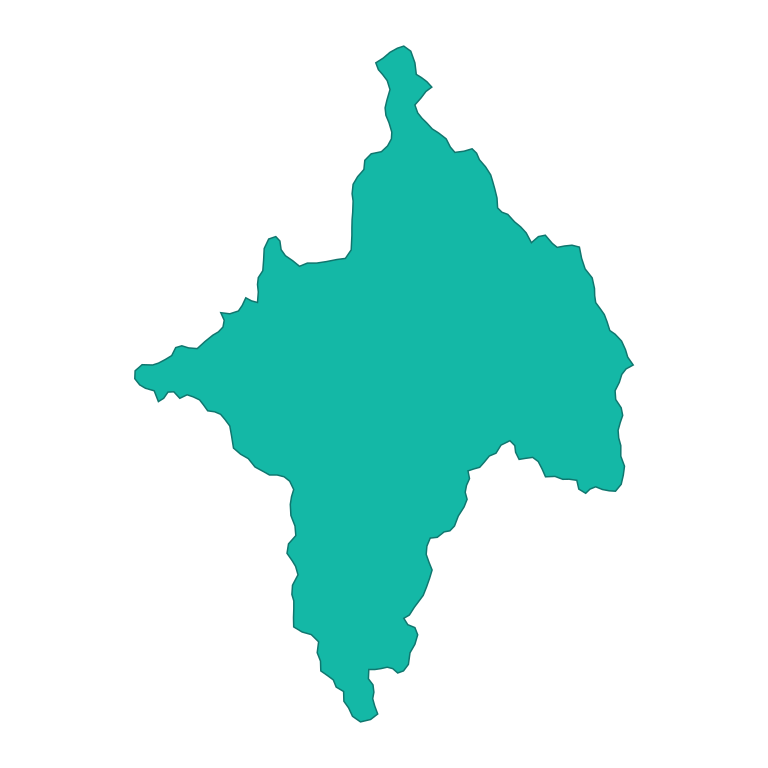 São José do Jacuri, Minas Gerais, Brazil
{"feature_id": "56859067B60051693205598", "entity_name": "São José do Jacuri", "entity_type": "district", "adm_level": 2, "iso_a3": "BRA", "parent_name": "Brazil", "parent_adm1": "Minas Gerais", "projection": "natural_earth1", "projection_center": [-42.674, -18.243], "detail": "fine", "context": "isolated", "style": "filled", "palette": "teal", "viewbox_px": 768, "rotation_deg": 0, "n_neighbors": 0, "source": "geoboundaries", "source_scale": "gbopen_adm2", "svg_char_len": 3331}
<svg xmlns="http://www.w3.org/2000/svg" viewBox="0 0 768 768"><path d="M287.0,553.3L292.3,560.9L295.6,566.4L298.0,574.8L292.5,585.2L291.9,594.5L293.8,600.9L293.8,608.8L293.5,617.6L293.7,626.9L302.1,632.0L311.3,634.6L318.6,641.8L317.2,652.7L320.5,661.1L320.8,670.9L327.8,675.8L333.3,679.9L336.2,687.1L343.6,691.5L343.9,701.3L348.6,707.9L352.5,716.3L360.5,721.9L370.6,719.5L377.7,714.0L374.7,705.9L372.7,698.7L373.9,692.2L373.0,684.9L368.4,678.8L368.8,669.5L374.9,669.5L381.0,668.6L387.2,667.2L392.7,668.6L397.7,673.0L403.5,670.9L408.4,664.4L410.0,652.8L414.9,644.3L417.7,634.8L414.9,627.6L407.8,624.7L403.8,618.3L409.4,615.0L414.3,607.3L419.1,600.9L423.2,595.4L426.5,587.1L429.6,578.3L432.1,570.0L429.0,562.3L426.2,554.4L426.9,546.1L430.2,538.1L437.3,537.3L444.1,531.9L449.9,530.8L454.5,526.0L458.3,516.0L464.1,506.9L467.1,499.3L465.2,492.3L466.5,485.4L469.5,478.6L468.0,470.9L473.6,469.0L479.7,467.3L484.4,462.0L489.3,456.0L496.0,453.2L501.0,445.1L509.9,440.7L514.8,445.6L515.6,452.3L519.1,459.4L525.8,458.3L532.7,457.4L538.2,461.5L542.1,469.0L545.5,476.8L555.0,476.4L562.7,479.3L569.2,479.2L576.8,480.3L578.8,489.1L585.7,493.3L590.0,489.1L595.7,486.8L602.4,489.5L609.2,490.8L615.5,491.2L621.2,484.3L623.3,475.2L624.5,466.2L620.8,456.2L620.8,445.6L618.7,437.9L618.1,430.3L620.2,422.7L622.7,415.4L621.2,407.8L615.7,399.5L615.1,390.7L619.3,382.4L621.8,374.4L626.1,368.9L633.2,365.0L627.7,357.1L625.5,349.7L621.6,341.1L615.1,334.2L609.8,330.5L607.1,321.9L604.3,314.5L600.0,308.4L595.7,302.6L594.7,295.7L594.5,288.5L592.2,277.9L585.1,268.9L581.6,258.3L579.4,247.1L572.0,245.2L564.5,246.0L557.2,247.4L552.3,243.4L545.3,235.2L538.4,236.6L531.4,242.7L526.2,232.9L520.7,226.9L514.5,221.8L507.8,214.4L501.9,212.2L497.6,207.9L497.0,198.0L494.8,189.0L492.7,181.5L490.7,174.9L485.6,166.9L479.4,159.7L476.6,153.2L472.1,148.8L464.0,151.2L454.9,152.4L450.3,147.0L446.2,138.9L438.9,133.2L432.2,128.9L426.9,123.1L422.0,118.3L417.7,112.9L414.9,104.9L421.0,98.0L425.9,91.5L431.8,87.1L426.9,81.7L421.6,77.7L416.3,74.4L414.9,62.8L410.8,51.2L403.8,46.1L397.4,48.2L390.0,52.3L383.2,58.1L375.8,62.8L378.4,69.7L382.6,74.5L387.2,80.6L390.0,89.6L386.9,100.2L385.1,107.9L385.9,115.3L389.0,122.7L391.8,132.2L391.4,138.9L387.6,145.9L381.4,151.7L371.2,153.8L364.8,160.3L363.9,169.5L357.6,176.7L353.1,184.3L352.1,193.8L353.1,201.0L352.7,212.3L352.1,219.5L351.9,227.9L351.9,235.2L351.2,249.9L345.4,258.4L337.0,259.5L326.3,261.6L316.5,263.1L307.3,263.1L299.5,266.3L292.8,260.8L285.4,255.7L281.1,249.6L279.9,241.0L275.8,236.6L268.7,239.0L264.2,248.5L263.6,260.2L262.8,270.7L258.3,277.6L257.5,284.5L258.3,292.0L257.5,302.5L251.3,300.8L245.8,297.8L242.2,305.5L238.4,311.0L229.8,313.8L220.8,312.7L224.2,320.3L223.0,327.0L218.4,331.9L212.8,335.2L205.1,341.4L197.2,348.6L188.6,347.9L181.8,345.8L175.7,347.6L171.7,355.6L165.3,359.5L158.5,363.1L152.6,365.0L142.1,364.7L135.1,370.8L134.8,378.7L139.7,384.9L145.5,388.3L154.2,390.8L158.4,401.6L163.7,398.3L168.0,392.1L173.8,391.8L179.8,398.3L187.1,394.8L193.3,396.9L199.6,399.9L203.4,404.8L207.7,410.8L214.7,411.8L220.6,414.3L224.9,419.4L229.8,426.0L231.6,436.1L233.5,448.1L240.6,454.2L248.3,458.6L255.0,467.0L262.4,471.0L269.5,475.0L277.2,475.0L284.2,476.8L289.7,481.2L293.7,489.5L291.5,496.7L290.3,504.4L290.9,515.5L295.0,526.0L295.8,535.6L288.5,543.9L287.0,553.3Z" fill="#14b8a6" stroke="#0f766e" stroke-width="1.5"/></svg>